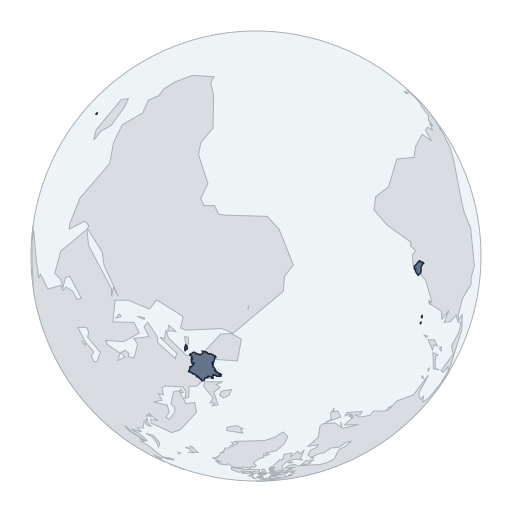 France on an orthographic globe, rotated 193°
{"feature_id": "FRA", "entity_name": "France", "entity_type": "country or territory", "adm_level": 0, "iso_a3": "FRA", "parent_name": "Europe", "parent_adm1": "", "projection": "orthographic", "projection_center": [-7.471, 14.864], "detail": "fine", "context": "on_globe", "style": "filled", "palette": "slate", "viewbox_px": 512, "rotation_deg": 193, "n_neighbors": 0, "source": "natural_earth", "source_scale": "50m", "svg_char_len": 14142}
<svg xmlns="http://www.w3.org/2000/svg" viewBox="0 0 512 512"><g transform="rotate(193 256 256)"><circle cx="256" cy="256" r="225" fill="#eef3f6" stroke="#a8b0b8"/><path d="M205.3,36.5L193.0,39.8L191.3,40.9L171.1,50.6L175.4,49.3L170.5,53.1L173.7,53.2L169.1,55.7L175.6,53.8L179.3,51.6L183.4,50.2L185.6,50.3L180.1,53.2L178.1,53.6L177.7,54.5L173.9,56.0L177.0,55.3L170.1,59.2L180.2,55.7L177.3,59.1L171.8,61.6L168.2,60.9L146.6,67.3L139.9,70.9L134.1,76.0L131.8,86.0L126.1,90.6L121.4,97.2L126.4,94.5L131.8,88.5L140.0,85.7L145.6,79.5L149.8,77.7L157.3,72.1L160.5,73.7L159.6,78.5L153.6,83.5L153.0,86.1L162.4,82.3L154.6,93.4L155.4,104.5L152.9,107.7L141.6,111.1L132.6,107.7L117.9,114.8L131.8,111.3L125.3,120.5L126.1,122.8L129.0,123.3L133.2,120.4L131.9,124.1L117.7,128.3L118.6,124.9L123.2,123.4L118.8,122.3L109.2,126.3L106.7,131.3L94.8,134.2L92.8,138.0L89.1,141.2L93.0,134.7L85.8,146.8L71.4,156.1L61.2,178.6L66.4,159.3L65.3,155.4L63.1,153.5L61.2,157.0L60.7,151.2L56.0,156.0L47.8,172.5L42.9,187.2L44.0,191.3L47.3,184.7L49.9,185.8L41.7,204.6L45.2,212.2L41.2,227.5L41.3,237.0L44.6,237.2L47.6,243.4L51.8,235.9L57.8,233.6L55.7,246.5L60.7,236.2L62.8,243.9L76.0,248.6L74.4,251.1L85.2,270.5L100.4,281.6L103.9,292.0L101.7,297.3L107.8,300.4L107.9,304.2L135.1,315.6L151.5,327.6L152.7,340.6L142.3,353.3L140.7,382.1L124.2,387.7L125.2,398.5L121.5,411.9L110.8,407.7L119.4,416.9L117.9,420.1L112.5,418.4L116.3,423.8L112.5,422.4L118.5,427.1L119.6,431.8L127.8,438.3L130.5,441.9L136.0,445.7L134.4,444.9L134.5,445.3L137.0,447.0L128.6,441.7L117.9,433.7L114.8,430.7L112.4,429.1L104.9,420.7L105.1,421.7L91.8,406.2L85.1,394.1L67.6,354.6L62.8,345.2L53.2,331.5L40.9,295.3L41.6,283.6L40.1,276.5L45.2,261.4L45.6,243.4L44.2,239.8L41.8,245.0L38.8,230.1L40.1,215.7L42.5,184.0L48.3,168.6L55.2,153.8L63.2,139.5L72.2,125.8L82.1,112.7L93.0,100.5L104.7,89.0L117.3,78.5L130.5,68.9L144.5,60.3L159.0,52.7L174.0,46.2L189.5,40.8L205.3,36.5ZM57.7,186.0L61.9,201.9L56.5,200.4L58.1,198.9L57.7,193.1L55.8,186.6L51.9,186.4L57.7,186.0ZM66.3,176.0L65.3,174.2L66.7,175.0L66.3,176.0ZM155.0,71.7L156.1,71.9L154.1,72.8L155.0,71.7ZM157.2,69.2L154.1,70.2L154.7,69.2L156.6,68.6L157.2,69.2ZM160.8,68.4L156.1,67.3L157.2,65.6L165.3,62.3L160.8,68.4ZM179.5,50.9L175.7,53.2L176.8,51.4L179.5,50.9ZM179.2,50.1L176.7,47.6L183.4,44.7L182.9,45.9L189.9,42.6L194.4,42.4L191.5,44.2L186.3,45.9L192.0,44.6L179.2,50.1ZM185.1,49.6L184.0,49.1L189.7,46.5L193.0,47.0L190.1,47.6L185.1,49.6ZM189.5,42.1L194.4,40.5L199.3,39.8L201.9,39.2L195.1,42.2L189.5,42.1ZM189.9,48.3L194.5,47.4L193.8,48.8L186.6,49.9L189.9,48.3ZM189.9,45.7L192.7,44.6L192.2,45.3L189.9,45.7ZM194.0,54.1L192.5,53.2L195.4,51.7L194.0,54.1ZM196.2,47.0L196.5,46.5L197.4,45.9L200.2,45.7L196.2,47.0ZM199.0,41.7L200.1,41.9L202.1,40.4L205.9,40.1L200.6,42.3L204.5,41.3L205.7,41.2L200.1,43.1L199.0,41.7ZM205.9,43.9L200.6,47.2L202.7,49.0L200.2,50.3L197.3,47.2L205.9,43.9ZM203.0,43.2L204.3,43.8L200.5,44.9L197.4,45.2L203.0,43.2ZM210.4,39.3L205.9,39.1L207.2,38.7L210.4,39.3ZM207.3,44.1L208.5,43.4L207.9,44.1L207.3,44.1ZM210.2,40.4L208.5,40.3L210.0,39.8L210.2,40.4ZM212.5,42.1L210.8,43.1L208.6,43.2L212.5,42.1ZM212.1,41.2L214.6,40.5L208.8,42.6L211.0,41.2L212.1,41.2ZM212.0,40.0L212.3,39.7L212.5,40.1L212.0,40.0ZM221.9,41.6L215.2,44.2L210.3,44.2L217.5,41.6L221.9,41.6ZM145.1,451.7L130.6,443.1L137.6,447.4L136.2,446.0L146.1,451.6L145.1,451.7ZM143.8,448.4L145.9,448.3L148.3,449.5L147.3,449.9L143.8,448.4ZM293.5,33.9L293.4,33.9L291.3,33.5L290.3,33.4L293.5,33.9ZM463.7,168.7L465.0,172.0L472.5,198.5L477.4,219.5L478.3,230.8L469.9,204.7L462.7,186.0L461.8,189.7L451.4,177.0L439.7,183.5L436.1,179.2L434.3,183.0L426.7,180.5L420.5,173.4L416.7,175.6L432.9,194.3L436.7,192.2L437.1,182.0L441.1,189.4L448.2,194.0L447.3,216.8L426.7,243.9L421.5,228.6L389.3,191.4L388.5,186.4L388.2,185.9L387.6,185.0L387.9,193.4L381.3,186.1L402.0,212.8L406.8,225.3L426.5,245.0L425.4,247.9L430.8,251.5L444.0,240.1L444.8,245.5L440.5,272.9L419.3,313.3L420.3,334.7L415.7,353.9L398.6,369.9L396.0,383.6L386.6,390.4L383.3,398.2L373.5,407.8L358.5,417.7L337.3,421.2L339.1,414.6L333.3,402.6L326.7,370.8L335.3,354.1L334.8,341.9L319.1,315.7L322.8,299.4L317.8,293.3L307.9,295.9L301.8,288.4L295.5,288.8L254.0,297.1L239.5,287.2L217.6,255.7L223.7,242.6L221.5,227.7L260.9,175.6L273.0,177.6L308.3,167.8L313.4,169.1L313.3,180.6L343.0,190.9L347.8,180.4L370.7,184.2L383.4,181.2L380.7,159.6L359.9,163.9L352.4,154.7L365.8,142.7L383.3,140.0L380.9,136.4L366.5,130.6L367.1,123.0L361.1,128.1L366.1,131.2L362.4,134.8L357.6,132.3L358.0,129.5L351.8,129.0L351.5,143.5L356.5,148.1L342.2,153.4L349.2,162.0L346.5,167.1L333.7,154.7L332.4,149.5L311.4,137.8L311.5,143.5L331.3,155.3L326.7,154.8L327.0,163.7L323.1,156.7L301.4,143.4L286.2,148.8L272.8,172.1L262.7,174.9L251.5,171.6L250.5,149.6L273.2,146.0L273.1,139.2L263.5,130.6L271.2,130.5L270.0,126.9L278.1,125.5L284.5,115.8L292.0,114.0L289.7,103.3L293.3,101.2L293.6,107.9L297.8,112.0L315.8,108.8L317.8,106.1L314.9,99.7L320.2,100.1L315.1,94.4L323.1,90.6L309.1,90.8L305.3,84.5L307.5,78.9L303.7,77.1L300.1,86.3L301.0,90.1L305.7,93.1L305.8,104.9L300.7,107.6L291.0,96.4L282.7,99.5L278.8,90.3L290.9,69.4L298.3,65.0L320.7,69.6L321.8,73.5L314.2,73.5L325.6,78.7L322.5,75.7L327.0,76.4L324.4,71.3L327.4,71.6L319.9,66.6L323.3,66.4L328.0,69.6L327.2,63.0L333.0,61.9L331.3,60.4L328.0,59.0L337.6,59.2L335.9,58.1L332.1,57.6L326.5,55.2L320.1,51.4L323.8,51.6L326.6,53.0L337.9,56.8L344.7,61.1L345.6,60.9L340.5,57.3L326.7,52.6L321.9,50.3L328.4,51.9L325.6,51.1L324.4,50.1L326.5,49.5L319.4,47.6L300.6,38.7L302.9,37.5L310.8,39.4L301.5,35.7L304.9,36.1L301.4,35.4L298.2,34.7L313.6,38.2L328.8,42.8L343.6,48.4L357.9,55.1L371.8,62.8L385.1,71.4L397.7,80.9L409.7,91.3L420.9,102.5L431.3,114.5L440.8,127.1L449.4,140.4L457.0,154.3L463.7,168.7ZM251.9,201.6L251.8,206.1L251.9,201.6ZM405.2,148.4L413.5,146.4L404.1,135.1L406.5,133.6L402.4,130.6L403.4,134.3L392.5,126.0L394.0,121.4L390.1,116.6L387.1,117.1L386.0,127.2L401.6,138.8L402.1,144.5L405.2,148.4ZM76.5,248.6L77.8,251.6L75.5,250.9L76.5,248.6ZM54.3,205.1L55.9,206.5L56.2,209.1L54.7,208.9L54.3,205.1ZM71.7,214.5L74.3,216.9L70.9,216.6L71.7,214.5ZM62.9,204.2L69.5,213.2L63.1,214.4L59.2,208.9L62.8,209.6L62.9,204.2ZM62.4,182.6L63.0,184.2L61.8,186.3L62.4,182.6ZM67.3,176.6L66.8,176.5L67.1,174.3L67.3,176.6ZM126.2,120.2L127.3,120.0L129.6,121.3L127.1,122.3L126.2,120.2ZM148.1,119.3L145.5,125.4L145.6,121.4L141.7,123.5L137.1,118.3L151.4,109.1L145.7,114.0L148.1,119.3ZM134.9,109.7L136.2,113.5L134.2,109.8L134.9,109.7ZM255.8,110.4L260.1,112.1L259.4,116.4L249.9,120.5L250.9,114.1L255.8,110.4ZM266.5,113.8L259.5,102.5L265.1,100.1L263.2,103.2L267.6,102.7L265.6,107.8L277.7,117.2L277.8,121.8L260.3,125.8L265.9,121.7L261.3,120.0L266.5,113.8ZM231.9,83.8L229.0,80.5L245.0,79.3L245.9,82.6L236.5,86.4L229.9,84.8L231.9,83.8ZM176.0,63.3L173.9,63.3L175.4,62.3L178.5,61.6L176.0,63.3ZM193.1,53.8L187.0,62.9L184.3,63.2L184.0,69.0L176.7,72.2L177.0,68.1L171.2,75.3L168.6,73.0L165.4,78.0L167.1,68.7L164.5,67.4L170.2,67.5L177.0,64.5L179.2,62.8L183.5,57.4L181.4,53.8L187.8,50.9L193.0,49.8L194.5,50.2L189.8,51.8L195.2,51.2L189.6,54.0L193.1,53.8ZM249.4,47.1L243.4,47.4L253.2,49.5L247.6,51.1L249.1,51.2L246.7,53.5L246.3,56.6L243.2,57.1L244.4,58.2L242.8,59.9L243.4,61.7L238.1,63.4L238.4,65.8L235.6,65.3L237.6,69.1L233.7,67.1L231.3,69.6L236.3,70.2L205.9,78.2L196.2,84.2L190.1,90.6L184.3,87.1L186.3,79.3L192.6,70.7L202.9,65.9L198.4,65.6L202.0,63.3L204.0,64.5L203.0,61.4L206.5,60.0L212.1,54.3L208.5,51.4L210.5,49.5L213.7,50.0L213.4,47.9L220.7,47.6L222.3,46.4L231.1,45.2L236.3,47.3L237.7,45.8L244.4,45.3L249.4,47.1ZM224.4,41.3L231.9,42.6L232.5,44.4L216.9,45.8L214.5,46.9L204.5,48.6L203.8,46.2L206.7,45.8L209.4,45.0L208.5,46.1L211.2,44.7L215.3,44.3L218.5,43.2L220.1,43.8L224.4,41.3ZM316.7,164.3L320.2,164.3L325.1,163.0L325.4,168.9L316.7,164.3ZM301.8,155.3L304.6,154.2L307.5,161.3L303.8,161.6L301.8,155.3ZM303.8,147.9L304.6,153.6L302.0,150.7L303.8,147.9ZM295.9,106.8L298.6,105.6L299.9,107.0L299.5,109.5L295.9,106.8ZM277.4,56.0L273.8,55.3L274.0,54.6L268.4,51.7L272.1,50.6L276.9,52.0L277.4,56.0ZM378.6,163.9L376.4,168.7L373.8,167.1L375.1,165.8L378.6,163.9ZM350.7,169.1L358.2,170.5L350.7,170.7L350.7,169.1ZM280.5,54.3L277.7,53.2L281.3,53.4L280.5,54.3ZM274.5,49.8L278.2,49.7L271.9,50.2L274.5,49.8ZM440.2,342.8L422.4,378.2L415.8,380.6L417.6,371.7L426.3,351.0L435.0,342.8L440.1,332.5L440.2,342.8ZM477.8,221.2L479.8,232.3L479.9,235.5L477.8,221.2ZM307.9,47.9L311.6,52.7L316.7,56.5L323.4,58.5L315.6,58.1L307.7,52.3L307.9,47.9ZM301.1,39.6L295.2,38.4L296.6,38.1L298.2,38.3L301.1,39.6ZM298.4,39.5L293.4,39.9L289.3,38.8L294.1,38.6L298.4,39.5ZM287.2,45.9L288.0,47.3L285.2,47.0L287.2,45.9ZM290.8,33.4L287.8,33.0L287.5,32.9L290.8,33.4ZM279.2,31.9L281.6,32.3L277.5,31.8L279.2,31.9ZM287.4,33.3L281.9,32.3L289.3,33.5L287.4,33.3Z" fill="#d9dde1" stroke="#a8b0b8" stroke-width="1"/><path d="M295.5,132.9L295.3,133.0L295.1,133.3L294.6,133.5L294.4,133.3L294.2,133.3L293.9,133.6L294.1,133.8L293.5,134.9L293.0,135.2L293.0,135.8L292.5,136.3L292.3,136.9L292.3,137.0L292.5,137.1L292.5,137.5L292.2,137.7L292.3,137.9L292.6,137.9L292.9,137.7L293.0,137.5L292.8,137.3L293.0,137.0L293.3,136.9L293.7,136.9L294.2,136.9L294.3,137.2L294.4,137.4L294.4,137.7L295.0,138.2L295.2,138.5L294.7,138.9L294.7,139.1L294.8,139.2L295.0,139.4L295.5,139.9L295.9,140.2L295.9,140.8L295.6,140.9L295.3,141.2L294.9,141.2L294.7,141.3L294.8,141.4L295.0,141.6L295.2,141.9L295.4,142.0L295.7,142.1L295.9,142.2L296.1,142.6L295.9,142.7L295.7,143.3L295.9,143.6L296.0,143.9L296.2,144.0L297.3,144.5L298.1,144.3L298.3,144.6L298.3,144.8L297.9,145.4L298.0,145.7L297.9,145.8L297.7,145.7L297.7,145.8L297.2,146.1L296.5,146.9L296.1,147.2L296.0,147.6L295.8,147.8L295.1,148.1L294.7,148.3L294.4,148.2L293.8,148.3L293.4,148.0L292.6,147.9L292.3,147.5L291.7,147.5L291.5,147.2L291.1,147.3L290.9,147.4L290.8,147.5L290.6,147.5L289.1,147.2L288.8,147.0L288.6,146.9L288.2,147.0L287.9,147.4L286.6,148.4L286.1,149.3L286.1,149.6L286.4,150.5L286.8,151.0L286.1,150.9L285.9,151.0L285.4,151.2L285.3,151.4L283.9,151.2L283.5,151.4L283.4,151.4L283.2,151.2L282.5,150.9L282.5,150.6L281.8,150.5L281.7,150.7L281.4,150.3L281.0,150.3L279.7,149.9L279.4,149.9L279.3,150.4L278.3,150.4L278.1,150.4L277.4,150.5L276.6,150.0L275.8,150.2L275.3,149.7L274.8,149.7L274.1,149.4L273.7,149.3L273.7,149.2L273.5,149.4L273.2,149.4L273.3,149.0L273.3,148.7L273.1,148.6L272.4,148.5L272.2,148.3L272.2,148.2L272.6,148.0L273.0,147.6L273.3,146.0L273.4,144.2L273.6,143.8L273.8,143.7L273.6,143.5L273.4,143.8L273.4,142.1L273.6,140.8L274.3,141.3L274.5,141.6L274.8,142.3L275.2,142.6L275.1,142.4L274.9,142.3L274.6,141.3L274.4,141.0L274.1,140.8L273.2,140.2L273.4,140.0L273.6,140.1L273.4,139.5L273.1,138.2L272.5,138.1L271.4,137.6L270.9,137.0L270.5,136.6L270.4,136.4L270.6,135.9L270.4,135.6L270.1,135.5L270.3,135.1L270.5,135.1L271.3,135.3L270.6,135.0L269.6,135.1L269.2,135.0L269.1,134.8L269.4,134.5L269.2,134.3L268.5,134.3L268.4,134.3L268.5,134.0L268.4,134.0L267.9,134.1L267.7,134.0L267.4,133.8L267.1,133.8L266.9,133.7L266.6,133.7L265.4,133.3L265.0,133.3L264.6,133.4L264.3,133.4L264.2,133.2L264.0,132.9L263.3,132.7L263.5,132.5L264.1,132.4L264.2,132.2L263.7,132.0L263.6,131.9L264.0,131.8L264.4,131.8L264.3,131.7L264.0,131.6L263.2,131.6L263.1,131.3L263.2,131.0L263.6,130.8L264.8,130.5L265.4,130.5L265.7,130.4L266.2,130.3L266.3,130.1L267.0,130.0L267.6,130.1L268.2,130.8L268.4,131.0L269.0,130.6L270.0,130.6L270.2,130.8L270.4,130.4L270.6,130.5L271.8,130.5L271.5,130.4L271.3,130.0L271.1,128.7L270.8,128.4L270.4,127.8L270.3,127.5L270.3,127.2L270.9,127.2L271.5,127.1L271.8,127.2L271.8,127.4L271.9,127.8L272.2,128.1L272.6,128.1L273.1,128.2L273.8,128.2L274.7,128.3L275.1,128.2L275.4,127.9L276.1,127.8L276.1,127.7L275.7,127.7L275.3,127.6L275.3,127.4L275.4,127.0L276.4,126.4L277.2,126.2L277.9,125.9L278.3,125.6L278.5,125.2L278.6,124.9L278.4,123.5L278.5,123.3L278.6,123.1L279.1,122.7L280.4,122.4L280.6,122.3L280.8,122.7L280.8,122.9L280.9,123.0L281.3,123.4L281.5,123.5L282.1,123.2L282.4,123.4L282.5,123.6L282.7,124.0L282.8,124.1L283.5,124.1L283.8,124.6L284.0,124.5L284.5,124.5L285.1,124.8L285.0,125.1L285.2,125.3L285.1,125.6L285.3,125.7L285.7,125.7L286.2,125.7L286.4,125.5L286.5,125.2L286.8,125.1L286.8,125.6L286.9,125.8L287.1,126.2L287.4,126.2L287.8,126.3L288.2,126.5L288.9,127.0L289.5,126.8L290.1,127.1L290.5,126.9L291.0,127.0L291.3,127.0L291.5,127.2L291.6,127.4L292.2,127.9L292.3,127.9L292.5,127.7L292.8,127.8L292.9,128.0L293.1,127.9L293.3,128.0L293.9,127.8L294.2,128.0L294.4,128.1L295.4,128.2L295.8,128.3L295.9,128.6L295.3,129.4L295.2,130.6L295.1,131.0L295.1,131.3L295.2,131.5L295.3,131.8L295.2,132.3L295.3,132.6L295.4,132.8L295.5,132.9ZM91.0,286.4L91.3,286.2L91.6,286.1L92.2,284.9L92.3,284.2L92.2,283.6L92.8,282.6L92.9,282.1L92.8,281.9L92.7,281.9L92.6,281.3L92.2,280.7L92.0,280.0L92.0,279.7L91.9,279.4L91.8,278.3L91.9,277.9L91.9,277.5L91.8,277.2L91.8,276.6L91.9,276.2L92.3,275.7L92.6,275.3L93.0,275.0L93.3,274.0L93.6,273.7L93.8,273.7L94.8,274.9L95.3,275.1L96.2,275.8L96.6,276.5L97.4,277.7L97.8,278.1L97.8,278.3L97.7,278.7L98.0,278.4L98.4,279.1L98.6,280.0L98.5,280.6L98.7,280.3L98.7,280.0L98.9,279.6L99.0,279.6L99.1,279.9L99.4,281.3L99.4,281.9L99.1,282.1L98.9,282.5L98.4,283.1L98.3,283.3L97.8,284.2L97.6,284.5L97.3,284.8L97.3,285.0L97.2,285.3L97.1,285.8L96.9,285.9L96.6,286.7L96.6,287.0L96.2,287.7L95.7,287.9L95.6,288.1L95.3,288.2L94.7,287.9L94.5,287.3L94.0,287.5L93.4,287.1L93.3,286.9L92.3,287.6L91.8,287.3L91.5,287.0L91.2,286.8L91.2,286.6L91.0,286.4ZM304.2,148.6L304.2,149.1L304.5,149.5L304.9,150.9L304.6,151.7L304.8,152.3L304.8,152.5L304.7,152.7L304.6,153.3L304.5,153.6L303.5,153.2L303.2,153.0L303.4,152.6L302.9,152.4L302.8,152.2L302.8,151.8L302.5,151.8L302.4,151.7L302.6,151.4L302.6,151.2L302.2,151.0L302.1,150.8L302.2,150.7L302.3,150.6L302.2,150.4L302.1,150.1L302.3,149.6L302.5,149.4L303.1,149.2L303.3,148.9L303.7,149.0L303.8,149.0L303.8,148.8L303.7,148.6L303.7,148.2L303.7,147.9L303.8,147.9L304.0,148.0L304.2,148.6ZM443.4,359.4L443.1,359.7L442.8,359.6L442.8,359.4L442.8,359.0L443.1,358.4L443.4,358.1L443.7,358.1L443.7,358.7L443.4,359.4ZM81.0,234.9L80.9,235.1L80.8,234.9L80.4,234.8L80.4,234.6L80.7,234.3L80.5,234.2L80.4,234.0L80.4,233.4L80.4,233.2L80.5,233.2L81.0,233.8L80.9,234.1L81.0,234.4L81.0,234.9ZM80.5,228.5L80.3,228.6L80.2,228.2L80.4,227.2L80.5,227.1L80.7,227.3L80.9,227.5L80.6,228.4L80.5,228.5Z" fill="#64748b" stroke="#1e293b" stroke-width="1.5"/></g></svg>